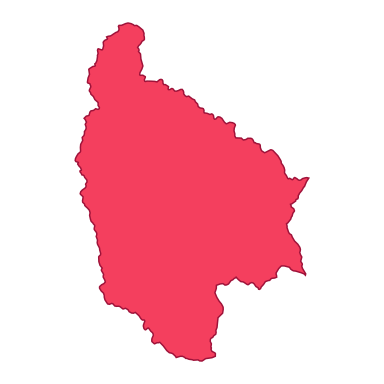 Chincheros, Apurímac, Peru
{"feature_id": "86281439B64035093047752", "entity_name": "Chincheros", "entity_type": "district", "adm_level": 2, "iso_a3": "PER", "parent_name": "Peru", "parent_adm1": "Apurímac", "projection": "albers", "projection_center": [-73.672, -13.454], "detail": "fine", "context": "isolated", "style": "filled", "palette": "rose", "viewbox_px": 384, "rotation_deg": 0, "n_neighbors": 0, "source": "geoboundaries", "source_scale": "gbopen_adm2", "svg_char_len": 5896}
<svg xmlns="http://www.w3.org/2000/svg" viewBox="0 0 384 384"><path d="M308.8,178.1L306.8,177.6L305.0,177.9L302.5,178.6L300.8,180.0L299.4,180.3L298.4,180.0L296.9,178.7L294.8,177.5L293.9,178.0L293.0,179.4L292.2,179.7L289.7,178.3L288.4,178.8L287.8,178.5L286.2,175.3L284.7,173.3L284.5,172.3L284.7,170.1L284.1,167.7L283.0,165.5L281.3,163.2L281.1,161.3L280.4,159.9L277.9,155.8L272.9,150.5L271.6,149.9L270.6,149.8L265.5,152.4L264.5,152.7L261.9,151.0L261.3,150.2L260.4,147.8L260.2,145.2L259.8,144.4L259.1,144.0L256.3,143.5L255.2,142.7L254.2,142.7L252.9,139.8L251.8,138.6L250.8,138.3L247.7,138.3L246.2,139.4L243.6,140.0L243.1,139.8L241.3,138.1L235.9,137.9L234.8,136.1L234.8,133.7L234.0,130.8L234.3,128.0L235.4,125.2L235.2,124.5L234.3,123.5L232.5,122.7L229.8,122.3L226.7,123.7L226.1,123.7L224.4,122.2L221.9,118.4L220.0,117.1L218.2,116.8L217.5,117.1L215.8,119.0L214.6,119.2L214.0,118.6L213.4,115.3L212.4,114.2L211.5,113.9L210.0,114.5L207.1,113.3L204.3,112.9L203.9,112.0L204.0,110.2L203.3,108.7L202.4,108.3L200.2,108.0L198.2,106.6L197.6,104.0L195.4,101.8L194.6,99.9L192.3,98.9L188.7,96.1L186.6,96.6L185.2,95.9L183.7,93.9L183.7,92.2L183.3,90.9L182.2,89.4L180.8,89.4L178.2,90.6L176.3,91.2L174.6,91.0L173.0,88.9L172.0,88.5L171.4,88.6L169.9,89.6L168.4,89.6L168.1,89.0L168.5,86.6L165.4,84.6L163.7,84.6L163.0,83.3L162.8,80.9L162.2,79.8L161.6,79.5L160.8,79.4L159.6,79.7L157.0,81.9L154.7,81.4L151.2,81.2L146.9,81.1L145.6,81.5L144.8,81.3L144.5,80.6L144.4,79.5L145.3,77.4L145.3,76.7L142.8,75.2L140.3,75.3L139.7,74.8L139.9,72.8L141.9,69.0L142.9,66.0L140.9,59.0L140.5,54.0L138.5,51.5L139.1,50.1L138.7,48.9L137.6,47.4L138.8,45.5L139.9,44.6L141.0,43.2L142.1,41.2L143.8,40.2L144.4,39.3L144.3,37.0L143.9,35.5L144.0,33.3L142.8,30.1L139.0,26.9L136.7,25.4L134.3,25.6L133.3,24.7L131.0,23.6L128.0,23.0L125.6,23.6L121.6,25.3L119.0,25.4L118.4,26.3L118.9,28.0L119.0,29.8L117.9,31.7L115.8,32.5L110.6,35.9L108.1,36.3L106.6,36.9L107.5,38.7L107.3,39.1L104.5,40.5L103.2,42.2L103.6,45.8L102.8,49.0L102.4,49.7L101.7,49.9L98.4,48.8L97.8,49.1L97.5,50.3L98.1,53.4L97.4,55.5L97.5,56.6L96.9,60.7L95.7,63.2L94.8,63.9L95.3,65.8L94.5,66.2L92.8,66.5L89.2,68.8L88.8,69.4L89.5,74.4L88.1,77.9L87.4,82.2L87.7,82.9L89.8,83.7L90.7,86.0L90.8,86.9L89.3,90.2L89.5,91.3L90.5,92.5L90.9,94.2L93.4,96.5L94.9,99.6L98.1,102.5L98.1,105.5L99.4,107.5L99.3,108.4L98.8,109.1L98.1,109.3L97.4,109.3L95.7,108.7L93.5,110.4L90.9,110.9L89.9,112.1L89.1,115.2L87.9,115.8L86.3,116.1L84.1,118.3L85.5,119.9L85.7,120.9L86.3,121.5L86.5,122.1L85.2,124.3L86.1,126.9L86.1,128.5L85.6,129.8L84.4,131.6L84.5,133.2L84.0,135.5L82.2,137.4L82.7,140.6L80.7,144.3L80.4,147.4L80.6,151.1L80.2,152.1L78.1,153.8L76.5,156.4L75.5,158.5L75.2,160.5L75.8,161.5L78.3,162.4L78.4,162.8L77.8,163.6L77.7,164.1L79.1,166.2L80.5,167.6L81.4,169.9L81.2,170.4L80.0,170.9L80.0,171.8L81.2,173.3L81.9,174.9L83.4,175.2L84.0,175.7L84.7,177.4L86.9,180.1L87.0,182.0L85.7,183.9L85.6,184.5L86.1,185.6L85.9,187.0L85.0,188.1L82.2,190.1L80.7,191.8L80.2,193.7L80.5,194.3L83.0,196.7L83.0,197.9L82.5,200.7L82.7,202.3L84.5,204.0L84.8,205.5L85.4,206.2L87.6,208.2L89.4,210.3L90.1,212.9L89.6,215.2L90.5,219.4L91.2,221.4L92.8,222.9L93.3,223.8L94.6,225.2L94.7,226.1L94.2,228.4L94.3,229.6L96.4,232.4L96.8,233.7L96.7,235.0L96.2,236.5L97.5,239.9L97.2,242.7L97.6,244.4L99.5,248.0L99.7,249.9L100.7,253.5L100.5,254.9L98.9,256.4L98.7,257.0L98.9,261.7L100.0,265.3L102.2,268.1L101.5,269.3L101.4,270.5L103.3,273.7L103.6,274.9L103.2,275.8L103.2,277.1L104.8,280.1L105.3,282.0L103.9,283.6L101.7,284.7L99.9,286.3L99.5,287.0L99.6,288.4L101.3,291.1L103.4,293.0L104.2,295.2L104.3,297.4L105.0,299.9L107.6,303.9L109.4,304.3L111.8,303.4L112.9,303.8L114.8,306.0L116.5,306.3L118.6,306.2L120.0,306.6L122.8,308.9L123.2,309.0L125.4,308.3L126.0,308.5L128.0,309.7L129.2,311.7L131.5,313.0L133.5,313.2L135.3,312.4L139.0,315.7L141.0,318.8L142.1,319.8L142.9,320.1L143.9,319.9L144.5,320.3L144.8,321.1L143.4,325.2L143.4,326.4L144.0,328.6L145.2,329.8L145.7,329.8L147.5,328.3L148.3,328.0L148.6,328.1L150.8,331.2L152.5,332.7L153.1,333.8L153.3,335.4L152.0,338.4L151.8,339.8L151.8,341.2L152.1,341.8L154.4,343.8L155.4,343.5L156.9,342.7L158.2,342.8L159.8,342.3L163.3,345.9L166.8,350.6L169.3,352.7L171.7,353.2L172.9,353.8L175.5,356.3L176.2,357.5L180.3,356.3L182.5,356.3L184.7,357.4L185.7,358.4L186.8,358.4L189.1,359.3L192.3,359.7L193.4,360.2L198.1,359.9L199.7,360.9L202.1,361.0L205.7,358.6L212.0,357.7L215.3,356.3L215.4,353.6L214.9,352.9L211.9,351.3L211.3,350.0L211.0,349.0L211.4,348.0L210.9,346.9L211.4,343.9L210.2,341.3L210.4,339.2L211.1,338.2L212.7,337.4L213.8,335.6L215.7,334.3L216.1,332.6L215.9,330.3L217.0,327.5L218.0,317.7L222.6,313.2L223.2,309.4L223.1,307.2L222.6,306.1L221.4,303.9L219.1,301.1L216.8,297.3L214.9,292.7L216.3,288.5L216.4,285.3L220.0,284.0L222.0,283.7L223.1,283.7L225.0,285.1L226.6,284.9L228.5,284.0L230.9,280.7L232.9,279.7L234.2,278.4L235.8,277.7L236.1,277.2L238.4,279.6L240.8,281.6L243.3,281.9L247.2,284.5L248.1,284.7L249.2,284.0L249.8,283.3L251.5,282.6L252.8,282.8L254.1,283.8L255.9,286.5L258.1,287.8L258.6,289.2L259.3,289.4L260.5,288.7L261.2,287.0L263.5,284.5L265.4,281.6L268.1,280.6L269.7,280.4L270.8,279.0L271.9,278.3L274.7,278.0L276.7,277.2L276.5,275.2L276.1,274.3L276.2,272.8L278.7,268.6L280.8,266.4L281.6,265.9L284.2,265.9L288.9,267.1L289.6,267.4L290.6,269.0L292.2,270.2L293.4,270.8L295.7,271.1L301.1,272.7L303.9,273.8L305.4,275.2L305.7,273.8L302.5,268.5L301.7,265.9L302.3,264.8L302.2,263.7L300.7,261.3L301.8,257.0L300.6,254.9L299.7,252.4L300.2,251.1L300.4,249.3L299.8,247.3L297.8,244.2L294.6,241.1L292.3,237.2L291.4,234.9L289.4,233.6L288.5,232.0L287.0,227.5L287.1,226.2L286.5,223.7L287.7,223.0L290.7,219.2L291.3,217.2L292.1,216.1L292.8,213.4L294.4,211.1L294.4,210.5L293.7,208.7L291.2,206.9L291.2,206.0L290.5,204.3L291.9,203.8L295.6,201.1L295.9,199.7L296.3,199.3L297.7,198.9L298.2,197.8L298.3,195.4L299.0,194.5L299.4,193.4L301.8,190.5L303.7,187.1L304.4,186.7L306.4,181.8L308.8,178.1Z" fill="#f43f5e" stroke="#9f1239" stroke-width="1.5"/></svg>